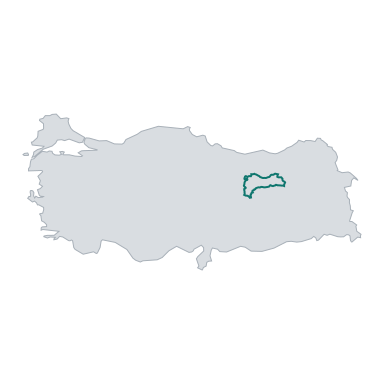 where Erzincan sits in Turkey
{"feature_id": "TUR-2300", "entity_name": "Erzincan", "entity_type": "Province", "adm_level": 1, "iso_a3": "TUR", "parent_name": "Turkey", "parent_adm1": "", "projection": "albers", "projection_center": [39.186, 39.548], "detail": "fine", "context": "in_parent", "style": "outline", "palette": "teal", "viewbox_px": 384, "rotation_deg": 0, "n_neighbors": 0, "source": "natural_earth", "source_scale": "10m", "svg_char_len": 5331}
<svg xmlns="http://www.w3.org/2000/svg" viewBox="0 0 384 384"><path d="M298.7,140.2L304.1,142.0L305.8,140.5L310.7,140.6L315.1,141.5L317.4,138.2L320.5,138.4L321.2,140.0L322.6,140.6L327.4,144.5L326.9,145.0L328.0,146.5L332.0,147.3L332.5,149.3L335.7,152.3L337.5,157.0L336.7,160.4L335.1,162.6L337.9,169.7L337.2,170.6L342.1,172.7L348.2,172.0L350.2,172.9L356.4,178.3L358.0,180.4L353.8,177.9L351.6,180.4L350.8,186.0L344.4,187.4L345.5,191.0L347.4,192.6L347.0,196.1L347.5,197.4L349.5,199.6L349.4,202.7L350.3,205.9L350.5,209.8L353.3,210.8L352.2,212.7L349.6,220.8L349.8,221.5L351.9,221.5L356.7,225.0L355.9,226.2L356.8,231.3L361.0,234.3L360.4,236.0L360.6,237.7L357.7,237.1L352.0,242.0L351.4,241.9L350.5,240.4L350.0,235.9L348.6,234.8L346.7,234.6L343.6,236.8L340.7,236.9L337.7,236.7L329.9,234.2L327.1,235.3L324.1,234.3L318.5,240.1L316.8,240.6L315.8,237.9L313.8,236.4L311.2,238.6L301.4,241.6L296.8,242.1L291.2,241.3L286.6,241.7L274.0,248.1L261.9,251.4L251.1,251.1L245.2,247.2L240.6,246.3L226.6,252.0L219.8,251.6L217.6,249.2L212.4,248.0L211.2,250.3L210.0,255.8L211.6,261.0L208.7,261.2L206.8,262.3L206.1,266.1L203.4,267.5L202.4,269.9L201.9,269.9L197.6,267.8L198.9,266.0L196.4,258.8L197.8,256.6L203.7,251.0L203.6,247.6L201.3,245.2L194.0,249.2L193.3,250.8L191.6,252.0L189.0,252.4L176.6,246.3L168.9,250.8L162.2,257.5L157.2,259.8L142.9,260.8L140.3,262.0L135.6,260.2L132.9,258.1L126.9,249.5L115.2,242.4L102.4,239.8L101.1,241.2L100.1,247.4L97.4,253.0L96.3,253.5L93.6,251.8L83.2,254.2L75.1,249.4L73.8,247.6L72.6,240.7L71.4,240.0L70.0,240.8L68.6,240.6L62.8,237.0L59.6,236.4L57.2,239.0L53.9,239.8L53.9,239.0L55.4,237.3L50.2,237.0L47.4,238.0L43.8,236.7L44.1,236.0L47.2,235.4L54.2,235.3L59.0,231.3L42.8,229.5L41.1,230.2L41.2,227.9L42.2,226.9L46.6,226.6L46.6,224.7L44.3,222.3L41.6,220.8L40.9,215.7L39.7,214.3L39.9,213.7L42.7,213.2L43.7,209.7L43.6,207.4L38.7,204.8L37.5,204.9L36.5,202.8L34.5,201.1L32.5,202.0L27.7,198.3L29.0,196.4L30.3,196.6L30.7,195.0L30.1,192.1L30.4,190.7L31.6,190.5L32.8,190.9L33.9,192.7L33.6,195.9L34.7,198.0L35.9,196.2L38.2,197.6L42.5,197.2L43.5,196.5L40.4,196.2L39.3,195.2L37.5,189.7L40.3,188.6L42.5,186.3L39.2,184.1L40.4,180.7L37.9,176.3L42.6,171.8L42.5,171.0L41.3,170.5L28.5,170.9L28.6,168.6L29.9,166.7L30.5,161.8L31.4,159.2L33.8,158.8L37.2,155.3L42.4,151.3L47.1,152.1L49.2,151.0L52.0,151.3L52.6,153.3L54.9,154.9L59.3,155.2L61.5,154.3L59.8,151.8L62.4,151.4L64.3,152.1L62.9,154.5L63.5,154.8L69.2,154.8L75.1,156.1L81.6,156.5L82.5,155.8L78.2,152.8L81.4,150.9L83.1,150.7L97.0,150.2L97.1,149.7L88.9,147.7L84.9,144.3L83.9,142.5L85.2,138.8L86.2,137.9L89.2,138.1L99.2,140.9L106.6,140.6L114.4,143.9L122.1,144.1L123.8,143.1L126.0,139.5L137.2,134.3L141.3,131.4L158.4,126.3L183.2,128.8L187.7,126.6L190.2,127.5L189.4,129.1L189.5,130.6L192.3,134.5L196.7,136.8L202.9,135.2L205.2,136.0L207.1,141.9L210.9,145.6L212.7,145.9L215.1,143.9L217.4,143.7L221.0,145.8L222.2,147.9L234.3,150.6L236.7,152.4L244.9,154.2L262.9,150.1L269.5,152.9L275.1,153.8L277.5,153.3L284.7,149.9L286.9,148.0L291.5,146.3L297.1,142.4L298.7,140.2ZM68.9,118.6L68.1,121.1L68.8,124.1L70.9,128.4L73.1,130.7L84.7,137.5L82.4,142.3L79.2,142.8L69.1,139.1L64.6,140.6L61.6,139.7L57.3,140.1L55.7,143.0L52.2,146.0L43.3,149.2L34.4,156.6L32.1,157.4L33.5,154.6L33.8,152.1L37.5,149.6L42.5,148.0L44.0,146.3L32.2,145.0L31.4,142.2L32.7,141.9L37.2,137.8L37.8,136.0L38.1,131.3L43.1,129.4L43.6,128.3L43.5,123.7L39.5,120.5L39.8,119.2L43.1,118.4L45.3,115.6L49.9,115.6L52.2,114.4L56.3,114.1L60.7,118.7L66.7,117.9L68.9,118.6ZM28.3,155.4L24.2,155.5L23.0,154.6L24.5,153.4L27.7,153.0L28.5,154.5L28.3,155.4Z" fill="#d9dde1" stroke="#a8b0b8" stroke-width="1"/><path d="M250.9,176.2L251.3,175.4L251.3,174.2L252.1,174.3L253.6,174.1L254.4,173.8L254.8,174.1L255.3,174.3L255.9,174.4L256.4,174.6L258.3,175.7L259.0,176.0L259.6,176.4L259.9,176.8L260.2,177.1L261.3,177.4L262.3,177.9L263.4,178.0L264.4,177.9L265.4,178.0L266.4,177.9L267.4,177.4L269.4,176.9L270.1,176.1L270.8,175.1L271.7,174.7L272.7,174.8L273.6,174.7L274.3,174.1L275.1,173.7L278.0,174.3L277.5,175.5L277.3,176.8L278.3,177.3L281.3,177.3L282.5,178.8L282.4,179.5L282.5,180.1L282.8,180.6L283.1,181.0L283.8,181.4L284.5,181.7L285.1,182.4L284.7,183.4L284.1,184.6L284.1,186.0L283.0,185.6L281.5,185.6L280.1,185.4L277.4,185.3L277.1,185.1L276.4,184.9L276.2,184.9L276.2,185.0L275.6,185.1L275.0,185.5L274.6,185.5L273.0,186.1L271.6,185.8L270.6,185.2L270.0,185.4L269.2,186.5L267.9,186.9L265.2,187.3L263.8,187.3L262.5,187.0L261.1,186.9L260.4,187.3L259.7,187.5L258.8,187.3L257.8,187.5L256.1,188.1L255.6,188.5L255.3,189.2L254.8,189.4L254.3,189.4L254.1,189.7L253.9,190.1L253.7,190.2L252.6,190.6L252.3,191.3L252.5,192.0L252.8,192.5L252.3,192.7L251.8,192.8L251.4,193.1L251.1,194.4L250.8,194.6L250.7,194.6L250.5,195.3L250.5,195.8L250.8,196.1L251.0,197.5L250.4,197.6L249.9,197.8L248.8,196.5L248.0,196.0L247.2,195.7L245.6,195.6L244.2,194.9L244.6,194.2L244.7,193.5L244.6,193.1L244.5,192.7L244.6,192.3L244.6,191.9L244.5,191.2L244.3,190.6L244.3,189.8L244.3,189.4L244.2,189.2L244.4,189.1L244.6,188.9L244.7,188.7L244.9,188.6L245.6,188.1L245.7,187.8L245.3,187.2L244.7,186.8L244.1,186.2L243.9,185.4L244.3,184.6L244.6,182.2L245.4,181.0L245.9,180.3L246.5,179.9L246.9,180.0L247.2,179.9L247.4,179.3L247.1,178.8L245.8,179.1L244.6,179.2L244.4,178.4L245.1,176.5L245.9,176.1L246.7,176.7L247.6,176.9L248.4,176.3L249.3,176.1L250.1,176.2L250.9,176.2Z" fill="none" stroke="#0f766e" stroke-width="2"/></svg>